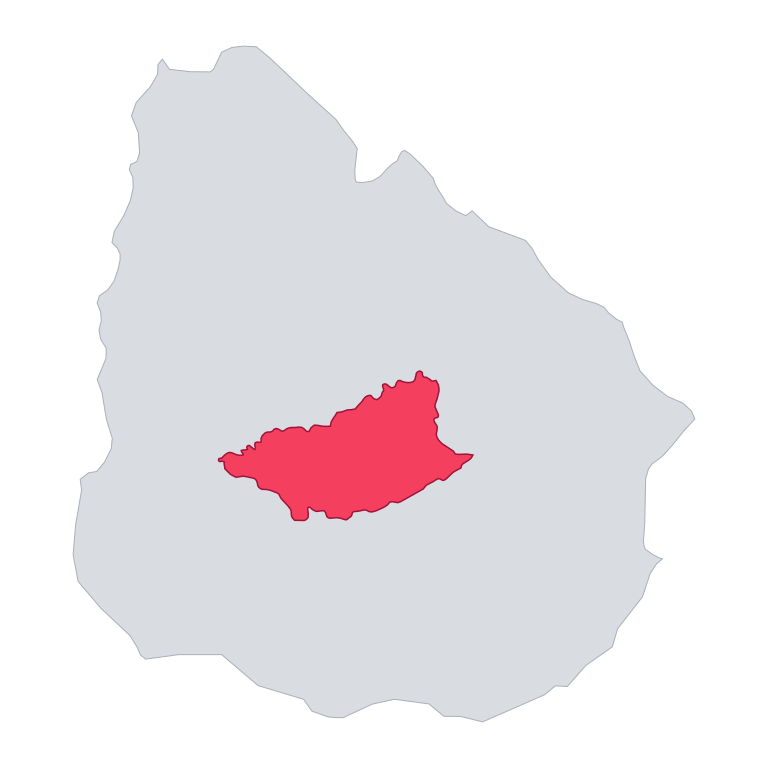 Uruguay, with Durazno highlighted
{"feature_id": "URY-13", "entity_name": "Durazno", "entity_type": "Department", "adm_level": 1, "iso_a3": "URY", "parent_name": "Uruguay", "parent_adm1": "", "projection": "albers", "projection_center": [-56.089, -32.962], "detail": "fine", "context": "in_parent", "style": "filled", "palette": "rose", "viewbox_px": 768, "rotation_deg": 0, "n_neighbors": 0, "source": "natural_earth", "source_scale": "10m", "svg_char_len": 5497}
<svg xmlns="http://www.w3.org/2000/svg" viewBox="0 0 768 768"><path d="M662.5,558.8L656.6,563.8L650.2,573.5L642.5,596.8L617.6,628.7L612.3,646.8L585.9,665.4L567.3,686.5L555.4,685.8L544.5,694.8L482.5,721.9L460.4,716.4L444.0,716.4L428.9,703.9L394.1,699.3L372.3,704.1L343.0,717.7L334.2,717.5L327.9,716.8L312.0,711.2L303.4,699.2L258.2,685.7L221.6,654.6L178.6,654.6L145.7,659.1L140.5,655.1L137.1,647.1L130.0,635.6L101.1,608.5L78.1,581.4L73.1,554.5L75.6,525.1L81.6,490.1L80.2,479.3L88.4,472.9L96.6,471.5L104.4,462.3L111.3,448.6L112.3,438.3L106.4,419.3L102.0,392.7L97.2,379.5L106.0,358.4L106.2,348.2L100.7,339.3L99.0,330.2L101.3,320.7L100.6,311.6L97.1,303.0L99.5,295.7L107.9,289.8L114.1,281.0L118.1,269.1L120.1,260.1L120.1,253.9L117.4,248.1L112.0,242.6L114.2,231.6L124.1,215.1L130.4,200.4L133.2,187.7L132.8,177.4L129.3,169.7L130.6,164.4L136.9,161.5L139.6,153.2L138.3,132.7L131.5,115.9L136.2,102.5L150.3,86.8L157.6,74.2L158.0,64.6L162.4,59.1L169.4,69.3L189.8,71.7L210.3,71.9L213.6,69.2L221.5,52.3L232.1,47.4L243.6,46.1L256.3,46.8L269.8,57.9L307.9,94.1L335.9,119.3L344.3,131.3L351.7,140.2L357.2,148.5L354.8,170.1L355.2,179.6L356.5,182.3L362.8,182.6L372.2,181.0L380.1,176.4L386.3,169.5L392.3,163.9L397.2,160.9L399.0,156.3L401.8,151.6L404.7,150.5L410.2,154.1L423.1,166.5L433.0,178.0L435.4,184.6L439.2,191.4L443.3,197.4L446.2,203.2L455.8,210.8L465.6,215.7L472.2,210.9L488.8,226.8L525.4,240.4L532.1,248.4L538.3,259.8L550.8,277.1L568.3,292.8L582.5,299.5L596.1,303.5L603.7,307.1L608.8,313.1L617.0,319.6L622.2,322.1L623.9,327.8L629.0,340.3L634.2,356.2L640.0,370.9L652.9,385.2L667.6,396.5L682.9,403.1L691.4,411.0L694.9,419.0L684.2,430.5L672.5,445.0L662.2,456.4L651.7,464.3L648.2,469.8L645.7,478.4L644.7,524.5L643.4,541.6L644.1,546.2L645.4,549.3L651.8,554.0L659.3,558.0L662.5,558.8Z" fill="#d9dde1" stroke="#a8b0b8" stroke-width="1"/><path d="M419.3,371.0L421.3,371.6L422.3,372.6L422.5,374.8L422.7,375.6L423.2,376.4L424.1,377.2L424.8,377.3L425.5,377.2L426.4,377.3L430.5,379.8L431.0,380.4L431.5,380.9L432.4,381.1L436.1,380.5L438.4,385.0L438.9,388.1L439.0,389.8L438.9,391.5L437.1,398.9L435.5,403.2L435.1,404.8L435.0,406.5L435.2,407.3L438.2,414.4L438.4,415.3L438.4,416.1L438.1,416.8L437.7,417.3L437.1,417.6L435.5,417.9L434.9,418.2L434.4,418.6L434.0,419.3L433.8,420.0L434.1,421.0L434.6,422.2L436.5,425.2L437.0,426.1L437.2,426.8L437.2,427.6L437.0,430.3L436.3,433.6L436.3,434.5L436.6,436.0L437.1,437.5L438.4,439.8L440.6,442.3L442.1,443.7L453.2,451.0L453.6,451.4L454.9,453.4L455.3,453.9L456.6,454.2L458.4,454.4L466.8,454.1L472.9,455.0L471.7,457.2L471.4,457.8L470.5,458.7L469.5,459.6L462.9,463.8L461.8,465.0L460.9,468.0L454.9,471.2L452.9,472.5L446.4,478.7L444.8,479.8L443.6,480.4L442.7,480.3L442.0,480.1L440.1,479.0L439.3,478.8L438.2,478.7L435.6,480.0L433.0,481.7L426.6,485.0L425.6,486.0L423.2,489.0L400.9,501.5L398.2,502.6L397.3,502.6L393.0,501.8L392.0,501.8L390.5,502.0L389.7,502.3L389.1,502.9L388.7,503.5L388.0,504.3L386.9,505.3L383.8,507.3L376.6,510.6L372.7,511.8L371.8,511.9L370.1,511.8L369.3,511.6L368.6,511.4L366.7,510.3L366.0,510.1L365.1,510.0L364.3,510.0L358.2,511.2L354.2,511.6L353.1,512.0L352.5,512.5L352.2,513.3L351.9,514.9L351.5,515.7L350.9,516.5L348.4,518.3L347.3,519.4L346.5,519.7L345.6,519.8L339.9,518.1L336.7,517.7L330.0,518.2L329.2,518.1L328.5,517.8L327.8,517.5L327.3,517.0L326.9,516.5L326.6,515.9L325.7,513.0L325.4,512.4L325.0,511.8L324.6,511.3L324.0,510.9L323.3,510.7L322.3,510.7L316.9,511.4L316.1,511.3L315.3,511.0L313.9,510.4L312.1,509.3L311.6,508.8L310.6,507.8L309.9,507.3L308.7,507.1L308.1,507.5L307.8,508.1L307.7,509.0L307.8,509.8L308.2,513.1L308.2,516.6L308.0,517.6L307.3,518.5L305.8,519.8L304.7,520.3L303.8,520.5L294.6,520.3L292.3,517.7L291.6,516.1L291.4,515.3L291.2,511.9L291.1,511.1L290.7,509.8L290.3,509.0L289.7,508.1L288.9,507.2L288.4,506.4L281.1,498.5L278.8,494.2L278.4,493.7L277.1,492.9L270.7,490.4L266.8,489.5L262.2,489.3L261.2,489.0L260.1,488.4L258.7,487.1L258.0,486.1L257.7,485.2L257.3,482.8L256.8,481.5L256.2,480.2L255.3,479.2L254.8,478.8L253.4,478.2L246.6,476.7L242.8,476.2L236.4,477.2L235.1,476.9L230.3,474.2L224.8,468.7L224.8,467.9L224.1,463.7L224.3,462.0L221.8,461.0L220.7,461.6L219.4,461.5L218.6,460.7L218.6,459.2L219.2,458.5L221.3,458.2L222.2,457.6L223.7,456.0L225.6,454.3L227.8,452.9L229.8,452.4L231.9,452.8L236.7,454.8L239.0,455.2L241.7,455.2L243.2,454.9L243.2,453.9L241.5,451.8L241.2,450.5L243.2,450.0L245.8,449.8L247.4,449.4L247.3,448.8L246.8,447.7L246.9,446.5L248.2,445.5L249.4,445.5L250.4,446.2L251.2,447.0L251.9,447.4L253.8,449.1L254.9,449.5L255.4,447.9L254.8,445.3L254.8,443.9L255.4,442.6L257.4,442.0L259.6,442.4L261.1,441.9L261.1,439.7L261.0,438.7L262.3,435.7L263.4,434.6L264.9,433.1L267.0,432.1L270.5,432.0L272.8,430.9L274.1,429.2L276.2,428.5L278.5,429.2L282.0,431.2L284.1,430.7L286.3,429.0L288.3,428.1L291.1,427.5L293.5,427.5L295.5,427.5L298.5,427.1L301.5,427.3L303.9,428.7L306.5,431.3L309.0,431.5L310.3,429.0L311.1,427.7L314.3,425.1L318.1,425.4L322.1,426.2L326.6,426.4L330.4,426.2L331.1,422.1L333.2,418.4L335.3,415.5L336.9,412.6L342.1,411.8L347.0,410.0L351.1,409.7L355.2,409.0L358.4,405.2L361.7,401.9L363.4,399.3L365.4,397.0L368.2,395.5L370.8,395.4L373.6,398.6L376.8,399.7L379.3,398.0L381.2,396.1L381.8,393.8L382.4,392.1L383.6,390.9L383.5,388.9L382.6,386.3L382.8,384.7L384.2,383.9L386.5,384.2L389.0,386.3L391.0,387.7L393.1,387.6L395.0,386.7L396.6,382.6L398.1,380.7L400.0,380.4L402.5,381.6L405.2,382.3L408.2,382.6L410.9,382.4L413.3,381.6L414.9,379.8L415.4,377.4L416.0,375.4L416.3,373.4L417.4,372.0L419.3,371.0Z" fill="#f43f5e" stroke="#9f1239" stroke-width="1.5"/></svg>